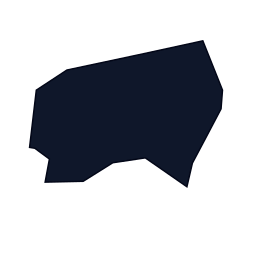 the Municipality of Aizkraukles, rotated 258°
{"feature_id": "LVA-5730", "entity_name": "Aizkraukles", "entity_type": "Municipality", "adm_level": 1, "iso_a3": "LVA", "parent_name": "Latvia", "parent_adm1": "", "projection": "albers", "projection_center": [25.215, 56.647], "detail": "fine", "context": "isolated", "style": "filled", "palette": "ink", "viewbox_px": 256, "rotation_deg": 258, "n_neighbors": 0, "source": "natural_earth", "source_scale": "10m", "svg_char_len": 361}
<svg xmlns="http://www.w3.org/2000/svg" viewBox="0 0 256 256"><g transform="rotate(258 128 128)"><path d="M129.5,27.7L184.1,46.2L197.4,80.3L197.4,153.2L197.7,219.3L145.4,228.3L127.4,223.0L103.6,203.2L80.3,183.7L58.3,173.4L95.2,138.7L97.2,105.9L85.2,73.1L92.3,35.7L114.0,44.7L127.6,32.6L129.5,27.7Z" fill="#0f172a" stroke="#020617" stroke-width="1.5"/></g></svg>